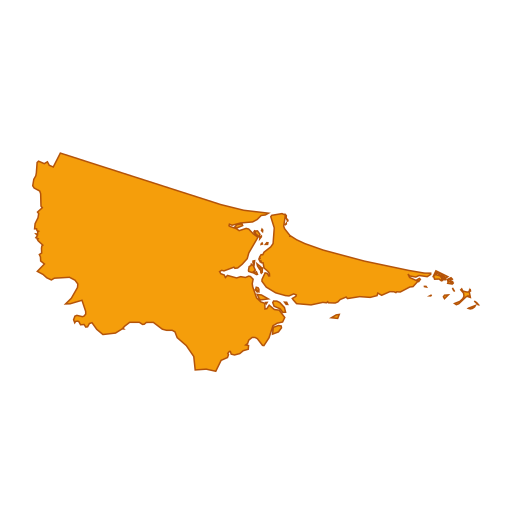 outline of Bonthe, Southern, Sierra Leone, rotated 177°
{"feature_id": "65957751B90425188102960", "entity_name": "Bonthe", "entity_type": "district", "adm_level": 2, "iso_a3": "SLE", "parent_name": "Sierra Leone", "parent_adm1": "Southern", "projection": "albers", "projection_center": [-12.539, 7.5], "detail": "fine", "context": "isolated", "style": "filled", "palette": "amber", "viewbox_px": 512, "rotation_deg": 177, "n_neighbors": 0, "source": "geoboundaries", "source_scale": "gbopen_adm2", "svg_char_len": 6088}
<svg xmlns="http://www.w3.org/2000/svg" viewBox="0 0 512 512"><g transform="rotate(177 256 256)"><path d="M471.3,262.3L467.7,259.1L475.2,252.1L469.6,248.7L466.1,245.2L461.6,242.8L458.5,244.4L443.4,244.5L438.0,241.3L435.4,237.4L435.9,233.9L442.6,223.5L448.7,218.1L444.2,218.0L432.1,220.9L429.0,209.6L429.1,206.9L431.0,204.9L432.5,204.5L438.0,206.1L440.0,205.4L441.5,201.9L440.5,198.8L439.6,200.1L437.5,200.3L436.4,199.8L434.8,196.5L431.3,196.6L429.7,193.9L427.9,194.1L425.9,197.3L423.3,198.0L418.9,191.1L413.0,185.6L400.3,186.4L393.5,190.2L391.9,190.1L392.7,190.9L390.8,192.8L385.6,196.4L376.0,195.9L372.9,193.6L371.2,193.7L369.0,195.4L362.0,195.1L353.4,187.8L349.3,186.5L343.6,186.2L340.9,184.5L339.0,178.6L330.3,170.2L323.4,158.9L322.7,145.4L311.6,145.6L302.2,143.0L296.3,153.6L289.8,156.1L288.6,158.9L289.3,160.2L287.6,162.1L286.6,162.0L285.9,159.3L282.6,158.3L277.3,159.4L273.7,162.1L268.6,163.3L268.1,167.0L270.9,167.7L269.0,169.0L267.6,172.4L264.1,174.9L261.2,174.7L259.0,173.4L254.2,166.4L252.8,166.1L247.3,173.6L242.7,185.5L238.3,187.8L232.9,188.7L230.5,193.1L235.7,200.7L240.5,201.6L245.4,206.2L247.9,202.9L249.8,202.6L249.7,208.3L253.6,209.9L257.6,214.1L260.9,225.4L261.2,228.5L260.1,233.0L262.6,235.8L264.3,236.3L267.6,235.1L272.4,236.2L276.5,235.1L285.5,238.1L287.7,236.1L288.7,238.7L292.1,240.2L293.2,242.3L291.0,243.5L288.8,242.8L278.6,246.0L277.7,244.8L274.9,245.0L270.2,248.5L264.9,253.8L263.0,259.5L253.1,274.6L257.6,278.3L261.9,283.3L264.4,284.1L271.5,282.2L274.2,284.3L280.6,286.9L281.4,287.6L280.9,289.2L278.3,288.0L269.6,289.8L257.6,290.2L252.9,292.4L248.7,296.2L244.5,296.5L241.3,298.1L265.8,302.3L288.5,309.2L446.0,369.0L453.8,355.5L457.7,357.4L459.4,361.0L462.6,359.3L468.2,362.1L469.7,360.8L471.0,350.5L471.7,347.6L473.9,344.2L475.3,337.8L474.0,335.5L468.6,332.2L467.8,329.4L468.1,317.1L466.9,315.4L471.9,311.3L470.8,309.7L471.7,305.6L474.9,299.9L475.7,294.7L473.7,294.6L473.4,292.8L471.8,292.1L472.7,291.5L472.9,289.3L474.6,289.6L473.2,287.8L474.9,285.8L472.7,284.6L473.5,284.0L472.7,282.5L468.3,278.0L469.3,277.3L469.8,275.1L469.9,270.2L472.3,268.8L471.3,266.4L471.3,262.3ZM218.0,206.3L203.6,204.3L191.7,206.2L188.1,205.6L186.8,206.6L186.2,205.5L179.4,204.9L176.6,205.9L174.3,208.1L168.1,210.3L166.9,208.7L154.6,210.0L144.1,208.7L137.2,210.1L136.3,212.6L132.6,210.2L124.2,213.4L120.1,213.1L118.2,212.1L117.4,212.9L113.8,212.5L104.0,217.0L100.8,217.2L95.6,222.3L103.7,226.5L105.2,230.0L103.5,228.0L97.5,226.6L94.2,228.0L86.1,226.4L82.5,228.5L82.4,229.7L88.7,230.1L104.2,233.6L147.9,245.2L188.6,258.4L206.5,265.8L214.6,270.1L220.9,274.6L221.4,273.2L221.0,274.6L226.0,281.7L226.8,284.3L224.5,295.3L227.8,297.0L238.1,295.8L239.2,294.5L236.3,283.1L238.3,267.5L240.8,264.3L247.8,259.4L249.2,256.9L250.8,257.1L252.4,254.9L252.1,253.5L253.0,253.6L253.3,252.6L252.1,250.0L251.4,250.7L250.9,249.0L249.3,248.8L248.6,243.6L244.7,239.8L243.5,237.7L243.5,235.4L244.3,235.4L245.6,238.0L247.8,238.7L251.2,232.4L251.4,230.5L247.4,224.4L238.3,218.2L228.6,214.9L225.1,214.4L220.3,216.2L217.8,215.0L218.3,213.6L222.0,211.7L221.0,210.1L218.0,206.3ZM240.8,210.1L241.7,208.6L240.6,204.9L234.7,202.0L232.1,198.3L229.4,198.3L230.3,203.1L234.7,208.3L237.6,209.9L240.8,210.1ZM74.4,223.4L72.2,221.5L71.3,221.7L71.9,223.2L71.6,224.2L73.3,226.5L78.1,228.2L77.4,229.9L76.6,229.8L77.5,228.1L74.8,229.7L73.0,228.9L74.9,227.8L73.6,228.2L72.9,226.9L70.7,226.8L69.0,225.2L69.0,225.9L68.5,224.6L69.9,222.5L68.1,222.4L67.5,224.2L65.5,225.3L77.1,231.8L80.2,226.1L79.5,225.8L78.9,223.5L74.4,223.4ZM50.4,205.0L51.7,202.6L54.8,200.0L60.2,198.2L58.5,196.9L56.0,197.7L48.4,204.2L46.7,205.0L45.7,204.8L45.7,205.6L45.3,204.0L47.1,204.6L44.1,203.4L44.9,209.0L44.3,210.6L44.1,209.6L43.6,209.8L43.8,211.1L44.5,211.0L45.1,209.1L47.1,208.9L51.3,210.2L52.3,212.4L53.3,211.5L50.7,208.1L50.4,205.0ZM243.6,177.1L237.6,179.0L234.3,182.9L234.5,184.8L237.1,185.4L242.4,183.9L243.6,177.1ZM261.1,248.1L261.5,246.7L263.4,245.8L264.3,242.1L264.1,241.0L260.6,239.6L257.4,241.9L259.3,246.6L261.1,248.1ZM253.8,211.9L245.9,212.5L252.6,216.8L256.8,217.6L255.0,213.1L253.8,211.9ZM268.3,288.8L273.2,288.4L276.1,285.7L273.5,285.0L267.7,287.1L268.3,288.8ZM184.0,190.4L177.7,189.4L175.9,193.3L179.0,193.0L184.0,190.4ZM254.9,281.0L255.7,278.8L251.9,275.1L250.9,277.4L253.2,281.0L254.9,281.0ZM69.8,207.0L71.0,205.5L70.0,203.5L66.0,207.1L69.8,207.0ZM66.0,218.7L62.4,217.9L62.6,221.8L63.3,219.9L64.9,221.3L66.0,218.7ZM257.4,224.8L258.1,222.8L255.0,220.4L254.8,222.6L255.6,224.2L257.4,224.8ZM39.5,195.1L46.5,192.8L46.8,192.6L44.8,191.9L42.6,192.3L40.4,193.7L39.5,195.1ZM255.4,248.2L255.0,245.9L253.3,242.9L252.1,245.2L255.4,248.2ZM66.3,222.5L65.8,221.0L64.9,222.2L61.4,222.7L60.6,222.0L62.4,224.1L66.3,222.5ZM259.3,239.2L256.4,237.4L255.5,237.6L256.4,240.2L259.3,239.2ZM251.1,244.2L252.3,242.2L252.1,240.6L250.5,240.6L250.2,243.7L251.1,244.2ZM94.0,225.1L96.3,223.9L94.8,222.0L93.1,224.1L94.0,225.1ZM259.3,251.1L259.4,249.3L258.3,247.4L257.6,251.4L259.3,251.1ZM229.9,208.4L228.4,206.1L226.9,206.0L227.8,208.2L229.9,208.4ZM246.0,267.1L243.8,267.0L243.4,268.6L244.5,268.8L246.0,267.1ZM71.4,226.5L71.2,224.2L71.6,223.3L70.9,222.7L70.2,225.0L71.4,226.5ZM249.6,275.6L251.0,274.6L251.3,273.0L249.6,274.9L249.6,275.6ZM248.6,282.5L249.2,281.1L248.2,280.0L247.9,281.5L248.6,282.5ZM223.9,292.3L222.6,289.3L222.8,288.5L222.2,290.1L223.9,292.3ZM256.1,281.3L256.9,280.1L256.2,279.2L255.2,280.8L256.1,281.3ZM257.9,221.6L256.7,220.0L255.4,220.1L256.4,221.2L257.9,221.6ZM255.6,277.5L255.3,276.7L253.4,276.3L254.8,277.6L255.6,277.5ZM251.6,240.4L252.1,239.4L251.6,238.5L250.6,239.4L251.6,240.4ZM61.5,213.9L60.8,211.9L59.5,210.1L61.5,213.9ZM61.6,218.2L60.5,218.5L60.1,219.3L60.8,218.4L61.1,220.8L61.6,218.2ZM40.4,199.6L36.6,195.6L36.3,195.6L38.1,197.9L40.4,199.6ZM224.4,292.6L223.8,292.6L223.6,294.8L224.4,295.7L224.4,292.6ZM247.3,209.1L248.7,209.1L248.2,207.8L247.3,209.1ZM250.3,267.3L248.9,267.6L249.2,268.7L250.0,268.2L250.3,267.3ZM225.6,285.3L224.0,286.4L224.0,287.2L225.6,285.3ZM82.7,207.9L83.5,207.6L84.6,207.1L83.6,207.0L82.7,207.9ZM87.4,216.1L87.8,216.8L89.4,216.9L89.4,216.6L87.4,216.1Z" fill="#f59e0b" stroke="#b45309" stroke-width="1.5"/></g></svg>